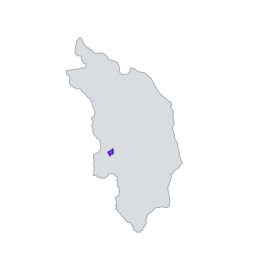 location of Ix-Uul, Hövsgöl, Mongolia, rotated 249°
{"feature_id": "93677404B26219584096108", "entity_name": "Ix-Uul", "entity_type": "district", "adm_level": 2, "iso_a3": "MNG", "parent_name": "Mongolia", "parent_adm1": "Hövsgöl", "projection": "albers", "projection_center": [101.419, 49.506], "detail": "fine", "context": "in_parent", "style": "filled", "palette": "violet", "viewbox_px": 256, "rotation_deg": 249, "n_neighbors": 0, "source": "geoboundaries", "source_scale": "gbopen_adm2", "svg_char_len": 4205}
<svg xmlns="http://www.w3.org/2000/svg" viewBox="0 0 256 256"><g transform="rotate(249 128 128)"><path d="M27.2,99.1L28.0,99.2L29.2,98.6L29.6,97.4L30.0,96.9L32.8,97.0L33.9,97.6L34.2,96.9L34.5,96.8L35.0,97.5L35.7,97.3L36.1,97.1L36.7,96.3L37.6,96.6L39.3,95.9L39.5,94.1L40.2,93.8L41.6,93.7L41.9,92.9L42.2,92.7L43.3,92.7L45.2,92.0L46.0,92.0L46.8,91.3L48.5,90.5L50.9,90.4L51.1,89.9L53.5,88.6L55.8,88.8L56.6,87.5L56.9,87.4L58.4,89.2L59.1,89.1L59.4,88.5L60.3,88.6L60.6,89.8L61.1,90.3L67.9,91.5L68.1,91.9L68.2,94.7L69.4,96.1L69.6,96.7L71.6,96.7L72.6,97.8L74.3,97.9L75.1,98.2L76.8,97.4L77.1,97.4L77.6,98.0L78.4,97.6L79.9,98.7L81.0,98.6L81.6,99.0L82.3,98.7L83.9,99.1L85.2,100.6L86.1,100.6L87.3,99.7L87.6,99.0L89.3,98.8L90.2,98.2L90.8,97.6L91.8,95.5L92.1,93.4L91.3,93.0L90.6,92.2L90.3,91.0L90.2,90.2L89.5,89.0L89.6,88.3L90.1,87.3L90.4,85.6L91.0,84.6L92.1,84.2L92.2,83.5L93.0,82.2L94.7,81.5L95.7,80.0L96.3,78.5L97.1,79.3L99.2,80.4L101.0,81.0L102.2,82.1L105.4,82.4L110.7,85.1L111.8,84.9L115.0,86.0L115.3,86.3L115.3,88.3L115.6,88.8L115.7,90.9L116.3,92.0L116.2,93.2L116.5,93.6L117.3,93.8L118.6,95.1L121.5,95.9L122.4,96.8L124.4,97.3L125.4,96.9L127.1,97.0L127.7,96.9L128.7,95.8L129.3,95.5L133.1,94.6L134.1,93.8L134.8,93.7L137.8,94.2L139.9,95.0L142.9,94.7L144.4,95.7L145.0,96.7L146.3,97.5L150.4,97.6L150.7,97.8L150.8,100.0L151.0,100.3L153.9,102.5L155.2,103.1L159.0,102.6L165.1,103.5L166.5,102.8L167.8,103.5L168.3,103.4L171.9,100.9L172.5,100.9L176.3,99.6L178.7,98.2L180.6,98.0L182.0,96.9L182.4,95.1L184.5,92.8L188.4,89.6L191.1,89.5L192.9,90.1L194.8,91.5L195.8,91.9L197.6,91.7L199.8,90.0L201.2,90.0L202.5,90.3L203.5,91.1L201.4,101.0L201.4,101.5L200.5,103.7L200.9,106.8L199.5,108.2L200.0,109.8L200.5,110.4L202.6,111.8L203.2,111.5L203.5,110.7L204.4,109.8L206.2,109.7L207.7,109.1L209.7,109.2L211.8,110.3L213.7,106.6L215.9,105.7L218.2,105.7L220.3,107.4L222.5,107.8L223.3,108.9L224.2,109.2L224.6,109.7L227.6,111.5L228.4,113.0L229.4,113.9L229.7,115.1L229.6,115.7L228.8,116.5L225.2,117.1L223.0,116.4L222.4,117.2L219.7,117.6L218.3,118.4L217.4,119.1L216.9,120.0L216.5,120.2L216.0,120.3L215.1,119.9L214.4,120.0L214.2,120.2L214.2,122.2L211.9,122.7L211.1,122.6L209.4,123.9L209.3,124.7L208.4,126.0L207.9,128.1L208.2,128.9L208.1,129.5L206.6,130.9L205.2,132.8L201.9,134.0L200.4,134.4L199.1,134.3L198.0,134.8L197.4,136.7L195.5,139.2L192.6,141.8L186.5,141.5L185.8,141.3L184.3,140.1L180.9,140.6L180.1,141.6L179.4,143.0L178.5,147.5L180.2,149.8L182.0,151.2L182.8,152.2L182.9,153.2L181.9,153.7L180.6,155.5L177.1,157.5L173.5,163.3L166.5,167.2L162.0,167.9L158.3,168.0L148.6,170.2L142.4,173.4L137.8,176.1L136.8,177.3L136.3,177.5L135.5,177.1L132.9,177.0L132.8,175.0L127.2,176.4L122.7,174.1L116.2,172.8L114.9,172.2L112.6,169.6L111.5,169.2L108.6,169.1L100.9,167.8L97.3,168.8L81.5,166.0L75.8,166.3L75.6,166.1L75.3,164.3L72.8,161.5L72.5,160.9L72.4,159.8L70.7,154.3L69.4,153.4L69.7,151.2L67.7,151.2L65.5,150.1L63.3,148.3L62.3,147.1L60.7,146.6L58.9,144.3L58.0,143.8L53.2,142.4L50.8,142.4L48.2,141.5L45.3,141.0L44.4,140.5L43.5,140.4L41.9,139.2L40.7,139.3L39.7,136.0L40.3,134.1L41.1,133.1L42.6,131.5L42.7,130.9L42.4,129.3L43.5,126.6L43.5,124.9L43.0,122.8L42.1,122.2L41.1,119.4L40.9,117.3L40.5,115.8L39.2,114.7L38.9,113.4L38.5,113.3L38.1,113.6L37.3,113.6L36.5,112.7L36.2,111.8L35.7,111.5L34.8,111.3L33.9,111.6L33.0,111.3L32.3,110.3L30.4,108.7L30.5,107.8L30.3,107.1L29.7,106.9L29.1,106.1L27.2,105.0L27.3,104.5L28.0,103.6L26.7,102.6L26.3,101.7L27.3,100.7L27.1,99.9L27.2,99.1Z" fill="#d9dde1" stroke="#a8b0b8" stroke-width="1"/><path d="M113.5,105.8L113.2,105.6L113.1,105.2L113.1,104.5L113.1,104.3L113.1,104.2L113.0,103.9L112.9,103.7L112.7,103.3L112.8,103.1L112.8,102.7L112.5,102.0L112.7,101.6L112.6,100.8L112.3,100.8L111.8,100.7L111.6,100.7L111.5,101.0L111.3,100.8L111.2,100.7L110.9,100.8L110.7,100.9L110.6,101.3L110.4,101.4L110.2,101.4L110.0,101.2L109.9,101.1L109.7,101.1L109.0,101.3L108.6,101.3L108.7,101.6L109.0,101.8L109.5,102.2L109.9,102.3L109.9,102.7L109.7,103.1L109.9,103.4L109.8,104.1L109.6,104.3L109.4,104.4L109.5,104.5L110.0,104.8L110.3,105.0L110.2,105.2L110.5,105.5L110.8,105.4L111.4,105.2L111.8,105.4L112.1,105.2L112.3,105.2L112.5,105.4L112.5,106.2L113.1,105.9L113.5,105.8L113.5,105.8Z" fill="#8b5cf6" stroke="#5b21b6" stroke-width="1.5"/></g></svg>